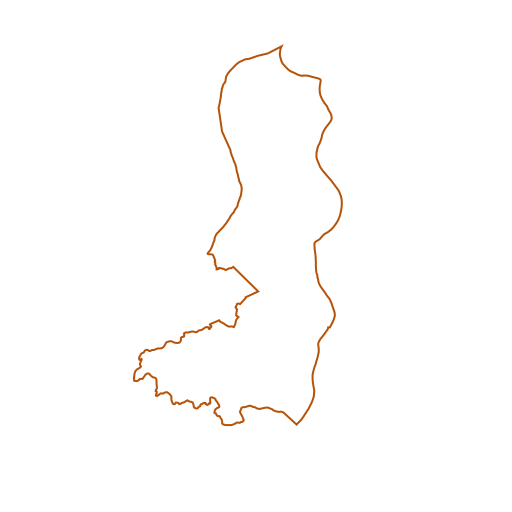 Talaigua Nuevo, Bolívar, Colombia, rotated 42°
{"feature_id": "7082276B83153593074070", "entity_name": "Talaigua Nuevo", "entity_type": "district", "adm_level": 2, "iso_a3": "COL", "parent_name": "Colombia", "parent_adm1": "Bolívar", "projection": "natural_earth1", "projection_center": [-74.633, 9.309], "detail": "fine", "context": "isolated", "style": "outline", "palette": "amber", "viewbox_px": 512, "rotation_deg": 42, "n_neighbors": 0, "source": "geoboundaries", "source_scale": "gbopen_adm2", "svg_char_len": 6132}
<svg xmlns="http://www.w3.org/2000/svg" viewBox="0 0 512 512"><g transform="rotate(42 256 256)"><path d="M246.7,428.0L246.9,428.0L247.2,428.8L247.9,429.2L248.9,430.2L250.4,429.3L251.4,428.4L251.9,426.6L251.9,425.1L253.9,423.2L253.3,418.4L253.4,417.0L254.0,415.9L255.0,415.1L256.2,415.0L257.4,415.3L260.6,415.1L261.7,414.4L262.8,414.0L264.0,414.1L265.0,414.7L267.6,417.5L270.5,420.1L271.2,421.3L271.2,422.7L272.0,423.6L273.1,423.3L274.0,424.4L274.3,425.7L275.1,426.7L276.2,426.2L276.8,423.5L277.0,422.1L277.8,421.2L278.9,420.6L279.8,418.0L281.2,416.7L283.6,416.4L286.4,416.7L287.4,417.2L287.8,417.9L289.2,419.3L289.8,419.8L292.6,421.2L293.7,421.4L294.3,420.9L294.7,420.4L294.5,418.8L294.6,418.4L296.4,417.2L297.2,417.2L297.8,417.5L298.4,417.2L299.5,414.3L300.4,413.1L301.4,409.4L301.7,409.1L303.2,409.0L304.3,408.3L305.1,408.1L305.6,407.6L307.0,407.3L308.8,408.1L310.8,409.8L312.5,409.8L314.1,409.0L314.5,408.1L314.5,407.6L314.3,406.6L314.8,405.7L314.9,405.3L314.9,404.7L314.4,404.1L314.3,403.0L314.9,402.3L315.0,401.3L315.6,400.0L316.2,399.3L316.8,399.0L317.4,399.7L318.5,399.4L319.4,399.4L319.8,398.6L319.7,397.1L320.3,397.0L320.6,396.1L320.0,395.3L318.9,394.5L317.1,392.3L317.0,391.5L317.4,391.0L318.3,390.3L320.0,389.6L321.6,389.5L322.5,390.1L325.3,390.6L328.3,391.6L329.5,392.4L329.7,392.8L329.7,393.2L328.7,395.4L328.5,396.9L328.6,397.8L329.2,399.1L329.7,400.0L330.1,400.4L330.6,400.3L331.6,399.8L333.2,400.6L334.2,400.7L334.9,400.4L336.0,399.5L336.5,399.4L338.1,400.1L340.0,400.5L342.2,402.2L342.9,403.1L343.6,403.2L344.3,403.1L346.6,402.0L348.5,400.2L350.5,398.5L351.3,397.4L352.5,395.0L352.8,393.7L353.4,392.4L355.6,390.8L355.9,389.5L356.8,388.4L357.0,387.0L356.9,386.5L356.5,386.0L352.6,384.2L349.9,383.3L348.4,382.6L346.8,378.4L347.6,377.0L348.3,376.4L349.0,375.5L351.6,371.3L353.7,370.3L354.9,370.2L356.3,369.1L358.6,368.7L360.9,367.4L364.5,362.4L366.2,360.7L370.6,359.1L372.5,359.0L375.0,358.0L377.3,356.5L378.4,355.2L379.2,354.7L381.2,353.9L399.0,354.1L398.9,353.6L399.2,347.6L398.8,343.9L397.2,334.1L395.4,327.5L394.2,324.4L392.9,321.7L389.7,317.4L389.0,316.7L386.2,314.6L382.4,311.5L380.7,309.9L377.6,306.5L375.5,302.9L373.9,299.6L372.7,296.6L371.2,293.6L369.5,290.0L366.9,285.4L364.7,283.0L361.8,280.5L360.7,279.2L360.0,277.4L359.4,274.6L359.2,270.2L358.4,262.7L357.4,260.7L358.7,259.7L357.3,254.3L356.4,251.5L355.3,249.0L354.3,247.3L352.2,245.4L349.9,244.0L346.1,242.0L343.6,240.5L339.1,238.6L335.2,238.0L330.4,236.7L325.3,235.7L322.5,234.8L320.0,233.6L317.4,231.6L315.9,230.8L314.5,229.3L312.0,227.9L309.9,226.1L307.0,223.2L304.6,220.5L302.6,218.5L300.6,216.4L298.4,214.5L294.9,211.6L291.1,207.7L290.8,206.9L290.7,205.9L290.9,204.8L291.6,202.8L292.1,200.5L292.0,195.5L292.2,193.9L293.6,189.6L294.2,185.5L294.2,182.4L293.8,178.2L293.2,175.1L292.3,172.1L291.6,170.4L290.4,168.0L287.3,162.9L284.6,159.5L282.6,157.4L280.9,156.0L278.8,154.6L275.3,152.8L272.9,151.9L262.0,149.7L248.6,148.0L244.3,147.0L237.1,143.6L234.8,142.1L231.9,138.8L229.5,134.7L228.5,132.4L228.0,130.0L226.6,126.4L225.5,124.0L224.0,121.5L223.4,120.1L222.6,117.4L222.0,114.5L221.4,106.4L220.9,104.4L220.0,102.9L217.7,100.9L215.8,100.0L212.5,99.0L208.4,97.2L204.4,96.5L201.1,95.6L198.0,94.3L195.9,93.2L193.7,91.5L191.5,89.3L189.4,86.6L187.5,83.4L186.8,82.5L186.1,81.9L185.1,81.8L183.8,82.2L177.3,85.6L174.3,87.0L171.2,89.5L169.6,91.3L167.6,92.5L165.3,93.4L161.9,94.3L158.1,95.6L155.5,95.9L150.5,95.6L147.2,95.2L145.7,94.7L143.8,93.8L140.0,91.3L138.2,89.6L135.7,85.8L135.1,84.5L134.7,83.1L129.2,97.6L123.4,106.0L119.1,113.8L116.3,117.2L113.8,123.1L113.1,126.9L112.8,135.9L113.0,139.2L113.8,142.8L116.1,146.2L116.8,147.6L116.8,149.1L117.0,150.4L117.4,151.8L118.2,152.9L118.6,154.2L119.3,155.5L120.3,156.6L120.9,158.0L121.8,159.1L123.4,161.3L128.4,169.5L129.0,170.9L147.5,186.2L166.1,194.4L168.2,196.1L169.4,196.6L170.3,197.4L172.6,198.3L176.1,200.3L179.5,201.8L180.7,202.7L182.0,203.4L185.1,206.0L188.5,208.0L190.8,209.8L192.2,210.4L193.1,211.5L195.6,212.4L198.3,213.7L199.3,214.8L200.4,215.5L203.5,219.9L204.8,222.2L205.0,223.5L205.8,224.8L206.2,226.1L208.1,230.3L208.9,231.4L209.3,234.1L209.3,235.6L210.2,238.3L210.2,241.6L210.6,244.3L211.0,245.6L212.0,252.4L212.0,254.2L212.2,255.5L212.2,258.9L212.0,260.4L212.1,263.0L211.9,264.8L212.1,266.8L212.6,268.6L213.1,270.0L213.9,271.3L214.5,271.9L215.6,275.1L217.1,278.6L218.2,282.5L218.2,285.8L218.5,286.6L218.8,286.8L219.8,286.2L222.2,284.3L223.1,284.0L223.6,284.1L228.8,286.7L228.9,287.5L229.2,288.0L230.0,288.1L231.0,289.0L231.0,289.4L234.6,291.1L235.7,292.3L236.7,290.8L236.8,290.6L236.4,290.2L236.4,289.9L236.8,289.4L237.8,288.7L239.8,287.8L240.3,287.3L241.5,287.0L242.7,286.8L243.1,286.4L243.4,285.7L243.8,284.2L244.6,282.8L245.7,281.6L246.2,280.1L246.4,279.3L281.3,280.9L275.9,293.7L276.5,294.3L276.4,296.1L276.4,302.4L274.9,302.9L274.0,304.2L274.4,305.1L275.1,307.7L275.4,307.7L276.0,308.1L277.4,308.4L277.9,308.7L279.3,311.1L281.0,313.4L283.8,313.1L283.8,314.9L284.1,316.7L284.8,318.3L285.6,319.3L286.3,320.8L287.1,323.7L285.1,324.5L283.3,326.5L282.8,326.7L280.2,327.4L277.1,327.8L273.2,328.8L271.7,328.4L267.5,337.3L267.6,337.8L267.9,338.0L269.6,337.9L270.0,338.2L270.2,338.8L270.3,341.4L270.0,341.6L269.8,341.6L268.8,340.6L268.4,340.8L267.9,341.4L267.2,341.4L266.1,343.0L265.6,345.6L264.9,347.6L263.3,349.7L263.1,351.5L262.7,352.4L261.9,353.2L260.3,353.9L259.1,354.8L257.7,356.7L256.9,358.2L255.3,359.4L254.5,360.7L254.3,361.6L254.4,361.9L255.3,362.2L255.6,363.3L256.2,363.6L256.4,363.9L256.3,364.2L255.0,366.1L254.9,366.6L255.0,367.0L256.6,368.9L256.9,369.6L257.1,371.0L256.7,372.2L256.0,373.1L253.3,375.0L250.6,375.8L249.5,376.5L248.9,377.1L247.7,379.1L247.2,380.2L247.3,381.1L247.8,382.8L248.1,384.6L248.1,386.0L247.6,387.6L246.0,389.4L245.1,390.2L244.3,391.4L243.1,394.0L241.7,395.4L241.0,397.2L240.4,397.9L240.0,398.1L238.7,398.2L237.4,399.0L236.7,400.5L237.1,402.9L236.3,404.6L236.1,405.4L236.9,409.3L237.7,410.4L238.6,411.1L239.2,410.9L239.5,410.4L239.6,409.2L240.2,409.3L240.4,409.6L241.2,412.2L242.2,414.1L243.1,414.7L244.3,415.0L244.5,415.2L244.6,415.5L244.3,417.3L243.4,420.0L243.4,421.7L243.8,423.2L244.4,424.6L246.7,428.0Z" fill="none" stroke="#b45309" stroke-width="2"/></g></svg>